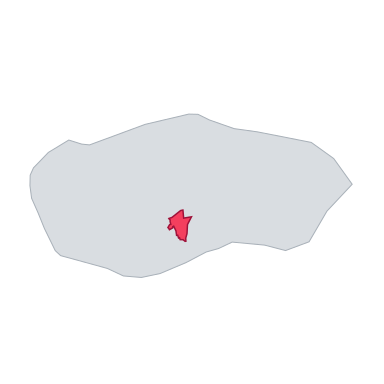 53, Ar Rayyān, Qatar shown in context, rotated 82°
{"feature_id": "91078587B25441317691063", "entity_name": "53", "entity_type": "district", "adm_level": 2, "iso_a3": "QAT", "parent_name": "Qatar", "parent_adm1": "Ar Rayyān", "projection": "mercator", "projection_center": [51.366, 25.28], "detail": "fine", "context": "in_parent", "style": "filled", "palette": "rose", "viewbox_px": 384, "rotation_deg": 82, "n_neighbors": 0, "source": "geoboundaries", "source_scale": "gbopen_adm2", "svg_char_len": 1031}
<svg xmlns="http://www.w3.org/2000/svg" viewBox="0 0 384 384"><g transform="rotate(82 192 192)"><path d="M207.7,343.2L191.3,347.3L175.9,351.7L163.1,351.6L152.8,349.9L146.0,345.6L132.8,328.7L123.4,306.8L129.2,294.6L131.1,286.9L118.5,229.0L114.4,184.4L115.9,175.3L123.1,164.7L135.1,141.5L141.5,119.0L159.5,67.0L178.6,47.0L206.6,32.3L229.7,61.0L257.6,83.0L263.0,107.5L254.7,127.5L247.2,159.2L251.7,173.7L253.4,186.3L261.0,207.5L268.3,234.9L269.6,254.0L265.6,271.6L255.9,286.5L236.7,331.0L231.0,335.6L207.7,343.2Z" fill="#d9dde1" stroke="#a8b0b8" stroke-width="1"/><path d="M215.0,218.6L215.9,218.2L216.7,217.5L218.1,217.8L221.1,217.5L221.2,218.7L222.8,220.0L223.9,220.8L224.8,220.1L226.2,219.6L224.9,216.2L223.6,215.8L223.3,214.9L228.3,213.3L232.8,213.3L232.8,212.2L235.7,211.7L235.5,210.7L237.5,210.4L238.0,207.5L239.9,205.7L239.9,204.9L236.7,204.6L232.7,202.8L232.3,202.7L223.6,201.0L216.5,196.0L216.7,203.9L208.6,203.5L208.6,203.9L208.8,205.9L214.4,215.4L215.0,218.6Z" fill="#f43f5e" stroke="#9f1239" stroke-width="1.5"/></g></svg>